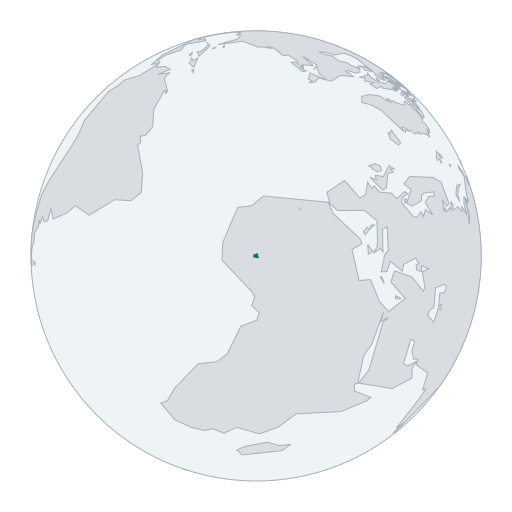 globe centered on Banwa, rotated 57°
{"feature_id": "BFA-2801", "entity_name": "Banwa", "entity_type": "Province", "adm_level": 1, "iso_a3": "BFA", "parent_name": "Burkina Faso", "parent_adm1": "", "projection": "orthographic", "projection_center": [-4.172, 12.228], "detail": "fine", "context": "on_globe", "style": "filled", "palette": "teal", "viewbox_px": 512, "rotation_deg": 57, "n_neighbors": 0, "source": "natural_earth", "source_scale": "10m", "svg_char_len": 9476}
<svg xmlns="http://www.w3.org/2000/svg" viewBox="0 0 512 512"><g transform="rotate(57 256 256)"><circle cx="256" cy="256" r="225" fill="#eef3f6" stroke="#a8b0b8"/><path d="M194.3,39.3L193.6,39.6L172.2,48.1L176.4,46.7L171.0,50.1L173.9,50.0L169.1,52.3L175.5,50.3L179.3,48.3L183.4,47.0L185.5,47.0L179.7,49.6L177.9,50.0L177.3,50.8L173.5,52.3L176.5,51.6L169.3,55.2L179.4,51.7L176.1,54.8L170.5,57.3L167.3,56.8L146.4,63.6L139.8,67.2L133.7,72.0L130.0,80.9L124.3,85.5L119.2,91.8L124.1,89.0L129.8,83.2L137.6,80.3L143.6,74.3L147.7,72.6L155.4,67.2L158.3,68.5L156.9,72.9L150.6,77.7L149.8,80.1L159.0,76.3L150.5,86.9L150.4,97.3L147.8,100.4L136.8,103.9L128.5,101.0L114.2,108.2L127.5,104.4L120.7,113.3L121.2,115.5L124.0,115.9L128.1,113.0L126.6,116.6L112.9,121.0L114.1,117.8L118.4,116.2L114.4,115.2L105.2,119.5L102.4,124.3L91.3,127.7L89.2,131.5L85.6,134.7L89.7,128.3L82.1,140.3L68.6,150.2L58.0,172.5L64.0,153.6L63.5,150.2L61.8,148.7L60.0,152.2L60.3,147.1L56.3,152.4L48.2,169.1L42.9,183.6L43.1,186.9L46.2,180.1L48.1,180.7L40.2,199.9L42.5,206.6L38.5,222.0L38.3,231.3L41.1,231.1L43.4,237.0L47.3,229.1L52.6,226.4L50.4,239.3L55.2,228.8L56.9,236.2L68.9,240.1L67.4,242.7L77.1,261.7L91.3,272.2L94.6,282.6L92.5,288.0L98.2,291.0L98.4,294.8L124.4,305.7L140.3,317.7L141.5,330.8L131.7,344.0L130.9,373.7L115.4,380.1L116.9,391.4L114.4,405.9L104.3,402.0L112.9,411.4L111.9,415.0L106.9,413.6L111.0,419.3L107.5,418.1L113.3,422.9L115.3,428.3L123.5,435.0L126.8,439.2L132.3,443.1L130.8,442.4L131.2,443.0L133.8,444.8L125.8,439.7L115.0,431.4L111.5,428.0L109.4,426.5L101.1,417.3L101.6,418.6L87.9,402.3L80.6,389.6L62.3,348.7L57.7,339.3L48.9,326.1L37.7,290.1L38.0,278.1L36.7,271.0L41.1,255.2L41.7,237.1L40.7,233.7L38.5,239.2L36.5,225.0L38.2,210.8L40.7,189.7L45.9,174.6L52.2,159.9L59.6,145.7L67.9,132.0L77.2,119.0L87.4,106.6L98.4,95.0L110.2,84.2L122.8,74.3L136.0,65.3L149.9,57.3L164.2,50.3L179.1,44.3L194.3,39.3ZM54.6,179.9L57.4,195.0L52.8,193.9L54.2,192.3L54.1,186.8L52.9,180.7L49.7,181.0L54.6,179.9ZM62.7,169.5L61.9,167.9L63.1,168.6L62.7,169.5ZM153.4,66.9L154.3,67.0L152.4,67.9L153.4,66.9ZM155.7,64.6L152.8,65.6L153.5,64.7L155.3,64.1L155.7,64.6ZM159.3,63.7L155.1,63.0L156.4,61.5L164.4,58.1L159.3,63.7ZM179.7,47.8L175.7,49.9L177.1,48.3L179.7,47.8ZM179.6,47.1L178.1,45.4L185.0,42.7L184.1,43.6L191.5,40.7L195.6,40.2L192.5,41.7L187.2,43.4L192.8,42.0L179.6,47.1ZM185.2,46.3L184.3,46.0L190.2,43.6L193.1,43.9L190.3,44.5L185.2,46.3ZM191.5,40.4L196.4,38.9L201.0,38.0L203.6,37.4L196.3,40.0L191.5,40.4ZM189.9,45.1L194.4,44.1L193.5,45.4L186.5,46.6L189.9,45.1ZM190.5,43.0L193.5,41.9L192.8,42.5L190.5,43.0ZM192.7,50.0L191.5,49.2L194.5,47.8L192.7,50.0ZM196.1,43.7L196.4,43.4L197.5,42.8L200.2,42.6L196.1,43.7ZM200.1,39.4L201.0,39.5L203.3,38.3L206.9,37.9L201.4,39.8L205.3,38.8L206.4,38.8L200.7,40.5L200.1,39.4ZM206.0,40.9L200.2,43.8L201.8,45.3L199.2,46.5L197.1,43.9L206.0,40.9ZM203.4,40.4L204.4,40.9L200.6,41.9L197.6,42.2L203.4,40.4ZM211.3,37.1L207.2,37.1L208.6,36.8L211.3,37.1ZM207.2,41.0L208.6,40.4L207.8,41.0L207.2,41.0ZM210.9,38.0L209.3,37.9L210.8,37.5L210.9,38.0ZM212.7,39.3L210.8,40.1L208.7,40.2L212.7,39.3ZM212.4,38.5L215.0,37.9L209.0,39.8L211.5,38.5L212.4,38.5ZM212.6,37.6L213.0,37.3L213.1,37.7L212.6,37.6ZM221.8,38.6L214.8,40.9L210.1,41.0L217.5,38.7L221.8,38.6ZM141.7,449.5L127.7,441.1L134.4,445.3L132.6,443.5L142.3,449.1L141.7,449.5ZM139.3,445.2L141.0,444.8L143.3,446.0L142.6,446.6L139.3,445.2ZM463.0,167.2L465.6,174.4L471.7,200.1L476.4,221.3L476.8,232.3L467.6,205.1L460.3,186.0L459.0,189.3L447.8,175.8L434.5,180.8L430.8,176.4L428.6,179.9L420.5,176.9L414.2,169.5L410.1,171.4L426.5,190.8L430.7,189.0L431.7,179.1L435.7,186.7L443.3,191.8L441.3,214.0L418.5,239.2L413.3,223.7L380.6,185.3L379.9,180.3L379.6,179.8L379.1,178.9L379.1,187.1L372.5,179.6L393.1,206.9L397.9,219.5L418.2,240.2L417.0,243.1L422.7,247.0L437.1,236.7L437.8,242.1L432.8,269.2L410.2,308.5L411.5,330.5L407.1,349.9L389.3,365.4L387.1,379.5L377.4,386.0L374.4,394.1L364.5,403.6L349.3,413.2L327.5,416.0L329.0,409.1L322.6,396.3L314.8,363.1L323.4,346.4L322.6,333.8L306.6,306.8L310.3,290.4L305.2,284.1L295.3,286.5L289.1,278.9L282.8,279.1L241.1,286.8L226.7,276.7L205.3,244.9L211.6,231.9L209.7,217.1L250.4,166.0L262.4,168.2L298.4,159.3L303.5,160.6L302.9,172.0L332.8,182.9L338.1,172.7L361.6,177.3L374.8,175.0L373.0,153.8L351.3,157.1L343.9,147.9L358.3,136.7L376.7,134.9L374.4,131.4L359.7,125.1L360.8,117.9L354.3,122.5L359.3,125.6L355.3,128.9L350.5,126.4L351.1,123.7L344.6,123.0L343.5,136.9L348.5,141.6L333.5,146.2L340.3,154.8L337.4,159.6L324.8,147.1L323.6,142.1L302.8,130.1L302.7,135.6L322.3,147.6L317.6,147.1L317.5,155.8L313.8,148.7L292.4,135.3L276.8,140.2L262.4,162.7L252.2,165.4L241.1,161.9L241.0,140.5L263.9,137.3L264.1,130.7L254.9,122.1L262.6,122.2L261.7,118.7L269.9,117.5L276.9,108.3L284.5,106.7L282.9,96.4L286.6,94.5L286.5,100.9L290.5,104.9L309.0,102.3L311.2,99.8L308.7,93.6L314.1,94.2L309.3,88.6L317.8,85.2L303.4,85.0L300.1,78.9L302.8,73.7L299.1,72.0L294.7,80.5L295.2,84.1L299.8,87.1L299.1,98.2L293.7,100.8L284.7,89.8L276.1,92.6L272.9,83.8L286.8,64.5L294.9,60.6L317.3,65.5L318.0,69.2L310.2,68.9L321.4,74.2L318.6,71.3L323.0,72.1L321.0,67.3L324.0,67.7L316.8,62.8L320.3,62.8L324.9,65.9L324.8,59.8L331.0,59.2L329.5,57.7L326.2,56.3L336.2,57.0L334.7,56.0L330.8,55.3L325.2,52.9L319.2,49.2L323.0,49.6L325.7,51.0L337.0,55.0L343.6,59.2L344.5,59.1L339.8,55.6L325.9,50.6L321.2,48.4L327.8,50.2L325.0,49.3L323.9,48.4L326.3,48.0L319.2,46.0L301.5,37.7L304.5,37.0L312.3,39.0L304.0,35.9L305.7,36.3L321.5,40.5L336.9,45.8L352.0,52.2L366.5,59.7L380.4,68.2L393.7,77.7L406.3,88.2L418.1,99.5L429.0,111.7L439.0,124.6L448.0,138.2L456.1,152.4L463.0,167.2ZM240.5,191.5L240.4,195.9L240.5,191.5ZM399.3,144.3L408.3,143.0L399.0,131.5L401.7,130.3L397.5,127.1L398.3,130.7L387.3,122.1L389.3,117.8L385.5,113.0L382.3,113.3L380.4,122.8L396.1,134.8L396.2,140.4L399.3,144.3ZM69.3,240.1L70.5,243.1L68.4,242.5L69.3,240.1ZM50.5,198.7L51.9,199.9L52.1,202.4L50.7,202.3L50.5,198.7ZM65.8,206.7L68.1,208.8L65.0,208.8L65.8,206.7ZM58.2,197.1L63.9,205.4L58.0,207.0L54.7,202.0L57.9,202.3L58.2,197.1ZM58.8,176.2L59.3,177.7L58.1,179.8L58.8,176.2ZM63.5,170.0L63.1,170.0L63.5,167.9L63.5,170.0ZM121.5,113.0L122.5,112.8L124.6,113.9L122.2,114.9L121.5,113.0ZM142.3,111.5L139.5,117.4L139.9,113.6L136.0,115.7L131.9,110.9L146.3,101.7L140.5,106.5L142.3,111.5ZM130.5,102.8L131.4,106.3L129.8,102.9L130.5,102.8ZM248.4,102.6L252.6,104.3L251.6,108.4L241.9,112.3L243.2,106.1L248.4,102.6ZM258.8,106.0L252.6,95.1L258.4,92.8L256.2,95.8L260.6,95.4L258.3,100.2L269.9,109.5L269.8,113.9L252.0,117.5L257.9,113.6L253.3,111.9L258.8,106.0ZM226.6,77.1L223.9,74.0L239.9,72.9L240.5,76.1L230.9,79.6L224.5,78.0L226.6,77.1ZM174.3,58.6L172.2,58.7L173.8,57.8L176.9,57.0L174.3,58.6ZM191.9,49.7L184.8,57.9L182.1,58.3L181.2,63.6L173.8,66.6L174.6,62.9L168.2,69.7L166.0,67.6L162.4,72.3L165.1,63.7L162.8,62.7L168.2,62.6L175.1,59.7L177.4,58.1L182.2,53.1L180.8,50.1L187.4,47.3L192.5,46.2L193.8,46.5L189.1,48.1L194.3,47.4L188.5,49.9L191.9,49.7ZM247.8,43.4L241.8,43.6L251.2,45.5L245.5,46.9L246.9,47.0L244.2,49.0L243.5,51.9L240.3,52.3L241.4,53.3L239.6,54.9L240.0,56.5L234.5,58.0L234.6,60.3L231.9,59.8L233.5,63.3L229.9,61.4L227.2,63.8L232.1,64.3L201.5,71.8L191.4,77.5L185.0,83.6L179.7,80.4L182.3,73.1L189.3,65.0L199.7,60.4L195.4,60.2L199.2,58.1L201.0,59.2L200.4,56.3L203.9,55.0L210.2,49.8L207.1,47.3L209.3,45.6L212.3,46.0L212.4,44.1L219.5,43.8L221.3,42.7L230.1,41.6L234.8,43.4L236.4,42.2L243.2,41.7L247.8,43.4ZM224.3,38.3L231.3,39.4L231.6,40.9L216.1,42.3L213.6,43.3L203.7,44.9L203.5,42.8L206.3,42.5L209.0,41.8L208.0,42.7L210.9,41.4L214.9,41.0L218.2,40.0L219.5,40.6L224.3,38.3ZM307.1,156.0L310.6,156.1L315.6,155.0L315.7,160.8L307.1,156.0ZM292.3,146.9L295.2,145.9L297.8,152.8L294.1,153.0L292.3,146.9ZM294.6,139.7L295.2,145.3L292.7,142.4L294.6,139.7ZM289.0,99.9L291.8,98.7L292.9,100.1L292.4,102.5L289.0,99.9ZM274.7,51.8L271.2,51.1L271.5,50.4L266.2,47.7L270.1,46.8L274.7,48.1L274.7,51.8ZM370.5,157.8L368.0,162.4L365.4,160.8L366.8,159.5L370.5,157.8ZM341.5,161.8L349.2,163.4L341.4,163.3L341.5,161.8ZM278.0,50.4L275.4,49.2L278.9,49.5L278.0,50.4ZM272.6,46.1L276.4,46.2L269.9,46.4L272.6,46.1ZM398.5,430.4L396.3,432.2L395.1,433.2L398.5,430.4ZM433.3,340.5L415.3,375.9L408.2,377.8L409.8,368.6L418.3,347.8L427.5,340.0L432.8,329.8L433.3,340.5ZM476.9,223.1L479.2,234.6L479.0,237.6L476.9,223.1ZM307.1,45.6L310.1,50.0L314.8,53.5L321.5,55.6L313.4,54.9L306.1,49.4L307.1,45.6ZM301.8,38.4L296.0,37.2L297.6,37.0L299.1,37.2L301.8,38.4ZM299.0,38.1L293.6,38.2L289.7,37.1L294.7,37.2L299.0,38.1ZM286.1,43.1L286.7,44.3L283.8,43.9L286.1,43.1ZM286.7,32.8L292.0,33.6L289.9,33.3L285.7,32.7L286.7,32.8Z" fill="#d9dde1" stroke="#a8b0b8" stroke-width="1"/><path d="M255.5,254.1L255.8,254.1L256.0,254.2L256.1,254.3L256.0,254.5L256.0,254.8L256.1,255.0L256.2,255.3L256.3,255.4L256.5,255.4L256.7,255.2L256.8,255.0L256.8,254.9L257.0,254.8L257.3,254.8L257.5,254.8L257.8,254.8L258.0,254.8L258.2,255.0L258.3,255.0L258.3,255.3L258.2,255.4L258.1,255.2L257.8,255.3L257.7,255.6L257.6,255.8L257.4,255.9L257.3,256.0L257.4,256.3L257.2,256.4L257.1,256.5L256.9,256.8L256.8,257.0L256.7,257.1L256.4,257.1L256.2,257.2L255.9,257.2L255.7,257.3L255.6,257.6L255.5,257.8L255.4,258.0L255.2,257.9L255.1,258.0L254.9,258.0L254.8,257.9L254.9,257.5L254.9,257.4L254.9,257.2L255.0,257.0L255.0,256.9L254.9,256.9L254.9,256.7L254.7,256.6L254.4,256.7L254.2,256.7L254.2,256.4L254.4,256.4L254.5,256.3L254.4,256.1L254.7,255.8L254.8,255.8L254.8,255.7L255.0,255.7L254.9,255.2L255.0,255.1L255.1,254.9L255.1,254.7L254.8,254.4L254.8,254.1L255.0,254.0L255.4,254.0L255.5,254.1L255.5,254.1Z" fill="#14b8a6" stroke="#0f766e" stroke-width="1.5"/></g></svg>